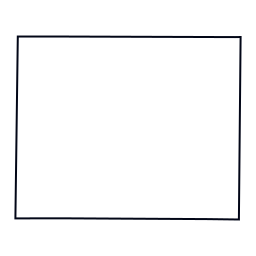 Gove, Kansas, United States of America
{"feature_id": "52423323B49129985774033", "entity_name": "Gove", "entity_type": "district", "adm_level": 2, "iso_a3": "USA", "parent_name": "United States of America", "parent_adm1": "Kansas", "projection": "natural_earth1", "projection_center": [-100.507, 38.915], "detail": "fine", "context": "isolated", "style": "outline", "palette": "ink", "viewbox_px": 256, "rotation_deg": 0, "n_neighbors": 0, "source": "geoboundaries", "source_scale": "gbopen_adm2", "svg_char_len": 225}
<svg xmlns="http://www.w3.org/2000/svg" viewBox="0 0 256 256"><path d="M17.8,36.5L15.4,218.4L59.3,218.3L207.5,219.1L238.9,219.5L240.6,37.0L235.2,37.1L48.2,36.5L17.8,36.5Z" fill="none" stroke="#020617" stroke-width="2"/></svg>